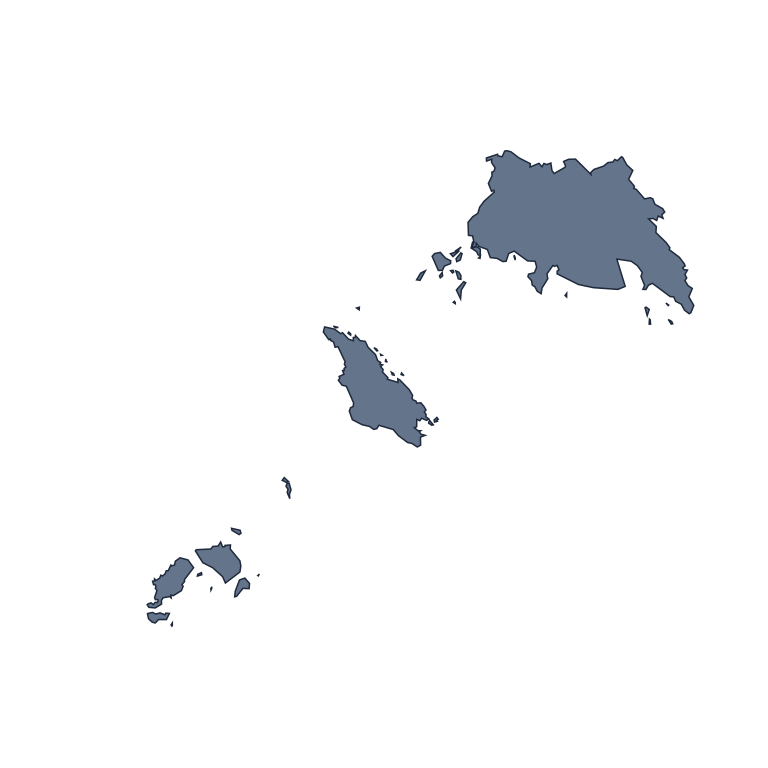 Mueang Satun, Satun, Thailand (Albers equal-area conic projection), rotated 324°
{"feature_id": "78962969B14471868666252", "entity_name": "Mueang Satun", "entity_type": "district", "adm_level": 2, "iso_a3": "THA", "parent_name": "Thailand", "parent_adm1": "Satun", "projection": "albers", "projection_center": [99.766, 6.614], "detail": "fine", "context": "isolated", "style": "filled", "palette": "slate", "viewbox_px": 768, "rotation_deg": 324, "n_neighbors": 0, "source": "geoboundaries", "source_scale": "gbopen_adm2", "svg_char_len": 6158}
<svg xmlns="http://www.w3.org/2000/svg" viewBox="0 0 768 768"><g transform="rotate(324 384 384)"><path d="M599.7,261.3L598.0,263.9L603.2,265.5L601.2,268.0L600.9,274.5L598.0,276.5L595.7,276.0L593.8,279.1L586.3,283.1L584.3,291.3L586.7,291.9L586.1,293.5L572.2,295.0L565.5,297.1L560.1,301.1L554.1,300.8L547.0,302.6L539.7,313.4L542.7,316.2L540.1,322.2L536.6,324.3L536.3,325.9L539.5,326.7L541.4,324.3L541.7,328.5L546.7,335.9L544.3,344.2L549.3,348.8L552.1,354.8L554.9,356.5L561.6,351.7L567.4,353.0L572.6,368.9L578.4,373.5L576.2,379.2L571.1,382.4L565.5,380.1L563.5,381.8L564.1,387.2L562.1,391.1L563.2,394.0L562.5,399.1L564.2,403.3L568.3,399.2L578.4,395.1L580.6,390.7L590.3,387.4L591.2,389.1L593.8,389.8L592.6,394.5L590.5,394.4L588.8,396.6L599.8,417.8L610.0,429.1L628.9,445.0L636.5,446.8L645.8,419.8L656.2,430.0L658.6,437.3L658.5,445.7L655.2,447.9L652.8,457.4L649.1,459.6L651.5,461.5L656.0,459.5L660.3,460.3L666.9,481.5L669.6,483.8L668.6,488.6L671.4,494.2L670.5,500.8L672.2,506.5L674.2,506.7L680.8,502.5L681.8,492.7L689.6,487.9L687.8,483.2L688.2,477.2L691.3,476.1L691.8,472.3L696.5,470.2L693.8,467.6L694.0,465.5L697.0,465.5L697.6,463.3L697.4,455.0L693.7,442.9L695.4,441.8L695.4,435.5L693.0,421.3L696.9,416.6L695.1,405.9L698.9,408.2L700.7,412.0L704.6,409.3L707.1,414.0L708.2,410.4L712.2,409.9L712.5,405.9L708.8,397.9L710.3,392.1L708.9,389.8L703.6,387.4L702.5,374.9L701.1,372.7L702.8,371.2L702.2,362.2L710.8,357.5L709.2,349.3L710.3,340.9L709.6,339.7L704.1,340.5L702.7,338.0L699.6,338.9L695.3,336.5L689.7,336.8L680.0,333.8L675.3,334.5L674.6,336.2L671.1,314.6L665.4,310.7L660.1,309.5L659.1,314.2L657.8,315.1L645.3,313.7L645.4,309.9L648.9,303.3L644.8,302.2L643.0,299.6L639.5,301.1L639.1,296.6L629.6,294.3L631.9,291.8L626.1,280.4L623.2,270.8L620.7,267.6L618.5,266.5L613.2,269.6L610.3,266.5L610.9,264.9L599.7,261.3ZM376.2,310.5L369.5,302.9L365.5,306.3L365.4,315.7L367.1,316.1L366.4,317.4L367.9,320.4L366.0,325.5L368.7,326.8L365.6,343.2L363.6,344.6L363.2,347.8L360.8,348.0L359.7,349.7L358.4,348.8L357.3,352.6L352.1,351.5L351.6,353.4L349.3,354.1L349.4,360.4L352.2,363.6L348.3,381.4L345.8,384.1L343.0,383.5L340.0,385.5L337.4,394.3L342.4,404.1L347.4,409.9L349.0,414.7L351.9,415.9L355.6,414.4L364.7,426.3L365.3,434.3L368.7,445.2L371.7,448.6L373.9,454.5L377.7,455.0L382.3,448.4L387.1,449.7L384.5,446.6L384.4,443.3L386.1,443.4L384.0,441.6L382.9,437.2L385.3,437.8L389.7,431.9L391.4,434.8L394.3,433.8L397.1,438.5L399.7,438.5L398.6,435.0L400.2,433.4L400.1,430.4L402.7,429.7L403.1,425.7L402.8,420.9L399.3,418.8L399.8,416.5L398.2,413.9L398.2,412.0L400.4,410.1L401.1,403.6L399.2,390.0L398.2,387.9L396.3,391.0L389.5,382.1L390.9,381.1L389.8,373.5L391.8,371.8L391.5,367.9L394.1,367.7L392.2,365.7L394.0,364.6L392.6,361.4L394.4,355.3L392.7,344.9L393.9,338.5L390.2,334.9L389.4,328.0L388.0,329.4L386.5,328.3L384.6,331.0L381.7,326.9L380.6,318.1L378.6,317.9L376.2,310.5ZM146.9,415.7L134.7,407.7L133.3,408.2L132.4,422.1L137.4,431.9L140.2,445.1L138.7,451.8L156.9,451.4L161.2,447.1L163.5,442.3L162.6,427.1L165.2,424.0L160.5,421.1L159.7,422.0L157.7,421.0L159.0,415.8L154.4,417.6L150.1,414.8L146.9,415.7ZM116.8,404.7L111.0,404.7L108.2,407.3L105.4,406.4L105.2,405.2L99.7,408.2L98.1,407.1L95.0,409.0L91.9,409.1L91.1,407.5L88.4,409.2L84.2,408.9L83.8,406.8L82.6,408.5L80.9,407.5L79.6,410.9L80.8,411.6L80.6,413.8L78.9,414.8L78.9,417.6L72.8,422.0L72.3,424.1L74.3,425.4L74.0,426.6L72.3,427.6L70.5,426.1L67.8,426.9L66.9,424.1L64.1,423.2L62.6,423.4L62.5,426.5L67.3,430.7L74.7,431.3L76.7,428.3L79.5,427.1L85.5,429.9L86.1,432.0L87.4,429.5L89.2,431.4L98.6,432.1L102.6,429.6L102.5,427.6L106.5,426.6L107.5,425.0L122.0,420.7L122.0,411.1L116.8,404.7ZM501.6,308.2L498.0,309.0L494.7,324.1L498.1,326.4L502.1,324.1L508.6,325.7L510.4,323.6L507.7,318.3L506.9,310.6L501.6,308.2ZM62.4,432.7L57.7,430.7L55.5,435.5L56.5,440.5L58.5,442.9L63.2,442.1L69.5,446.7L75.5,443.5L72.8,441.1L71.1,441.9L68.3,437.5L64.2,436.0L62.4,432.7ZM158.0,466.3L157.3,459.2L151.9,457.6L141.9,464.2L138.1,468.4L140.1,469.1L149.7,466.4L154.6,470.3L158.0,466.3ZM508.7,348.1L497.8,350.5L496.0,360.1L501.8,353.4L509.7,350.1L508.7,348.1ZM539.8,327.4L535.8,325.9L535.9,324.4L539.6,320.8L534.4,325.2L536.7,331.3L536.1,335.1L537.6,336.3L541.2,331.5L539.8,327.4ZM247.0,407.6L244.6,409.1L244.5,412.7L241.9,414.9L240.4,421.4L242.7,417.6L246.6,415.0L248.9,408.6L247.0,407.6ZM180.6,420.7L181.6,417.7L175.8,411.1L175.0,413.0L178.3,420.7L180.6,420.7ZM484.0,316.7L478.9,315.8L471.6,318.9L474.1,321.3L484.0,316.7ZM523.3,323.1L515.9,325.0L514.8,327.8L518.6,328.5L523.8,324.4L523.3,323.1ZM510.3,337.5L508.6,334.7L505.9,342.6L507.7,344.5L510.0,341.4L510.3,337.5ZM514.7,321.5L523.3,320.5L514.3,317.7L514.7,321.5ZM637.1,483.4L642.4,479.6L641.2,475.8L640.0,475.7L637.1,483.4ZM249.4,406.9L248.3,401.1L245.0,402.1L247.1,406.1L249.4,406.9ZM399.5,440.0L397.1,441.8L398.4,445.5L399.9,446.0L399.5,440.0ZM407.1,442.1L403.3,442.6L402.5,444.5L405.1,445.5L404.9,444.5L407.2,444.4L407.1,442.1ZM125.4,429.3L121.4,428.5L120.1,429.7L124.5,431.2L125.4,429.3ZM496.6,328.0L492.4,329.1L491.9,331.2L495.0,331.0L496.6,328.0ZM522.0,319.4L527.0,318.5L520.7,318.4L522.0,319.4ZM653.0,505.0L653.5,502.5L651.9,498.9L651.6,504.4L653.0,505.0ZM506.7,332.6L504.5,331.4L504.6,334.4L506.4,334.4L506.7,332.6ZM634.8,492.3L637.1,488.6L636.9,487.5L633.7,491.4L634.8,492.3ZM409.2,307.4L406.5,306.4L407.5,309.4L409.2,307.4ZM585.1,418.0L582.5,418.8L582.9,420.9L585.1,418.0ZM660.7,487.5L659.7,484.2L660.0,487.6L660.7,487.5ZM397.2,348.7L397.6,353.1L398.4,353.3L398.5,351.3L397.2,348.7ZM377.9,310.1L380.3,311.4L377.0,307.4L377.9,310.1ZM397.4,382.8L397.9,381.2L396.9,378.8L396.1,381.4L397.4,382.8ZM386.0,321.3L384.7,321.8L385.7,324.9L386.5,324.0L386.0,321.3ZM537.1,337.2L534.6,337.6L535.5,338.8L537.1,337.2ZM404.7,385.4L403.4,386.3L405.1,389.0L404.7,385.4ZM563.0,360.9L564.3,359.2L565.1,356.3L564.0,357.5L563.0,360.9ZM72.3,452.9L70.2,453.7L70.1,455.2L70.7,455.1L72.3,452.9ZM399.6,368.3L399.3,366.7L400.2,364.8L398.4,366.6L399.6,368.3ZM489.6,358.5L488.0,358.6L488.9,360.9L489.5,360.0L489.6,358.5ZM169.6,465.4L171.4,464.5L169.3,464.8L169.6,465.4ZM398.2,359.1L399.4,359.7L398.7,358.0L398.2,359.1ZM122.9,449.0L124.7,448.0L125.0,447.3L123.8,447.5L122.9,449.0Z" fill="#64748b" stroke="#1e293b" stroke-width="1.5"/></g></svg>